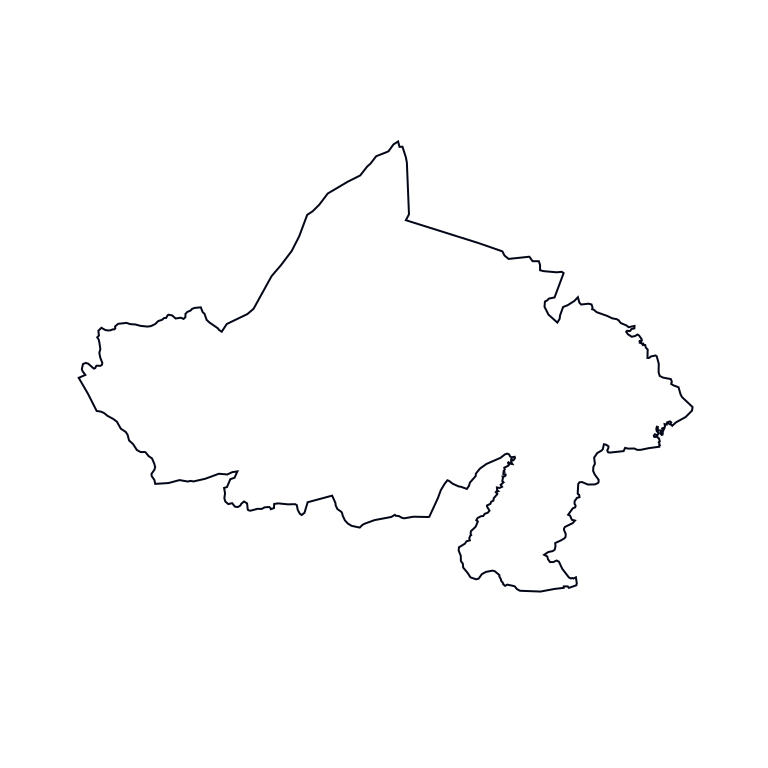 Ubundu, Orientale, Democratic Republic of the Congo (Mercator projection), rotated 79°
{"feature_id": "63176286B77989779607321", "entity_name": "Ubundu", "entity_type": "district", "adm_level": 2, "iso_a3": "COD", "parent_name": "Democratic Republic of the Congo", "parent_adm1": "Orientale", "projection": "mercator", "projection_center": [25.863, -0.595], "detail": "fine", "context": "isolated", "style": "outline", "palette": "ink", "viewbox_px": 768, "rotation_deg": 79, "n_neighbors": 0, "source": "geoboundaries", "source_scale": "gbopen_adm2", "svg_char_len": 6159}
<svg xmlns="http://www.w3.org/2000/svg" viewBox="0 0 768 768"><g transform="rotate(79 384 384)"><path d="M374.8,127.0L374.9,133.1L372.9,134.7L369.3,140.0L366.3,141.5L364.8,143.1L363.1,147.4L359.7,152.0L354.1,161.5L351.2,163.8L350.3,165.4L348.7,164.7L345.5,165.1L344.2,167.9L343.6,175.3L341.4,176.7L335.8,177.1L338.8,181.3L341.7,188.7L342.6,193.5L350.1,198.0L353.6,199.2L356.8,202.1L347.3,209.3L338.8,211.7L333.8,210.3L333.0,207.7L331.6,205.8L331.6,200.1L309.4,186.5L307.8,188.1L307.3,193.2L303.7,205.7L302.1,209.1L296.9,208.1L293.0,208.6L291.8,214.7L286.8,217.0L285.0,237.8L280.9,241.2L276.4,242.5L263.6,264.5L227.4,331.3L222.2,327.1L171.0,319.3L165.5,319.3L154.6,320.6L154.2,323.5L148.6,323.9L150.7,329.1L156.2,334.9L156.7,336.2L158.9,348.2L165.1,355.2L167.4,359.1L174.7,367.5L178.6,381.3L186.3,402.9L195.7,413.4L200.9,421.2L203.3,427.1L222.9,439.1L235.9,449.3L247.8,462.6L256.7,473.8L285.3,497.7L289.3,504.8L295.1,526.9L301.7,533.3L299.5,535.6L297.7,536.4L290.1,543.8L287.1,545.9L280.8,546.8L278.8,548.3L273.8,549.2L273.2,555.1L273.6,558.0L275.0,559.9L275.7,563.3L277.3,565.5L280.5,566.2L281.9,568.3L280.2,570.7L279.9,576.1L276.3,578.8L274.9,582.2L275.2,583.2L277.6,585.3L277.3,587.3L278.7,589.8L279.1,593.5L281.5,597.2L282.7,601.8L282.5,605.3L280.4,612.1L278.2,616.5L276.7,622.0L274.9,625.0L274.2,633.5L276.2,637.0L278.2,637.2L278.9,638.2L278.6,639.7L279.1,642.1L278.8,644.8L277.7,647.4L274.9,650.7L277.2,654.2L282.1,654.6L283.4,656.6L285.8,655.6L289.5,655.5L295.7,655.8L299.0,657.5L303.9,657.5L309.5,656.5L311.2,657.1L312.1,658.9L311.2,662.4L311.5,663.2L313.3,664.4L313.5,665.9L307.6,670.5L306.4,672.7L307.0,675.7L311.8,677.8L314.1,677.4L318.1,675.4L319.7,682.5L337.3,676.4L355.6,671.2L357.1,667.2L359.0,664.4L362.5,661.5L366.5,656.6L370.0,653.4L377.6,650.9L381.9,646.6L384.9,645.4L390.8,645.0L395.1,641.8L401.6,639.2L404.4,635.9L405.1,631.8L405.7,631.0L409.9,628.8L412.8,625.9L418.5,624.7L422.0,624.5L424.4,625.8L427.9,629.4L430.1,629.6L434.4,627.7L438.4,627.6L440.1,614.4L439.3,603.1L442.3,595.2L442.2,592.6L443.3,589.4L442.9,577.5L440.6,563.2L442.9,555.1L441.6,549.8L441.8,544.6L447.5,548.6L448.1,553.0L455.2,557.8L455.5,560.8L461.0,560.9L465.6,562.5L469.1,562.2L472.2,559.7L472.0,555.8L475.9,553.8L476.9,551.0L475.9,548.2L474.4,547.0L472.6,543.8L475.1,541.2L481.3,541.7L482.1,541.1L482.9,539.3L482.4,531.9L483.3,527.9L482.3,524.7L482.8,520.3L483.9,519.2L485.3,519.0L484.8,515.7L480.8,514.7L481.0,510.6L483.8,501.3L485.0,494.2L486.3,492.7L491.1,492.7L495.2,491.4L496.9,489.8L495.2,486.6L485.5,481.5L483.7,456.2L491.4,454.4L494.0,454.6L497.9,453.6L501.3,450.3L502.6,449.8L505.6,449.6L510.4,448.4L514.1,446.1L517.1,442.8L520.3,435.2L518.2,432.1L517.4,429.5L515.8,419.2L515.9,402.2L514.5,398.3L515.6,397.5L516.5,394.6L518.8,391.9L519.7,389.8L519.9,380.4L523.0,366.0L523.0,364.9L506.2,352.8L499.1,348.5L493.5,343.5L490.6,340.1L491.6,338.6L495.0,335.6L498.9,330.1L499.5,328.2L502.8,322.7L500.2,320.0L497.2,318.5L491.8,311.5L489.7,311.0L488.8,310.1L485.3,305.9L482.0,298.6L478.7,283.7L476.2,278.8L475.8,276.5L477.0,274.6L479.3,274.0L480.3,272.7L480.4,269.6L481.8,269.6L483.4,271.3L483.7,272.2L483.0,272.9L481.8,272.9L482.0,273.5L484.8,274.1L487.1,273.2L486.2,275.6L484.6,276.6L485.0,277.3L487.2,276.8L487.9,277.5L489.1,281.9L491.1,281.8L492.2,283.1L493.3,282.6L493.5,283.6L495.2,284.0L496.0,281.9L496.8,282.0L497.7,283.1L497.4,285.2L498.7,285.1L501.8,286.4L503.3,285.4L505.2,288.7L507.4,287.7L508.1,290.5L507.1,292.9L509.7,293.2L510.9,292.3L511.0,294.3L511.6,294.9L513.1,293.7L513.7,293.8L517.1,298.1L519.3,298.8L520.0,301.2L521.9,302.4L522.9,306.1L524.2,306.2L528.5,304.6L530.1,306.6L530.7,310.0L532.5,311.7L532.3,314.0L533.4,317.7L535.3,319.4L536.8,318.1L540.6,320.6L541.9,321.7L545.1,326.8L547.7,327.6L548.9,327.2L549.4,328.3L551.6,329.7L553.9,329.6L554.1,333.0L556.2,335.1L558.6,341.6L561.8,342.5L567.2,341.4L572.5,342.3L575.4,340.9L579.3,341.3L585.7,337.8L590.1,336.1L590.7,335.4L593.3,330.8L593.1,328.2L589.3,324.2L587.9,319.8L587.9,313.1L589.0,310.9L593.6,307.2L594.8,307.5L598.0,306.5L599.3,306.6L602.5,305.0L603.4,305.2L605.2,303.7L604.5,301.2L607.1,295.1L607.7,294.2L610.6,292.7L612.9,290.0L617.6,270.0L617.7,255.9L618.4,246.5L617.0,246.2L617.7,242.3L619.4,241.4L618.3,233.6L616.5,232.8L610.4,232.5L611.1,235.1L610.3,236.4L610.6,237.5L609.2,239.4L599.4,244.3L591.8,246.2L590.2,248.3L591.1,251.7L590.5,255.0L587.2,256.5L584.5,256.6L582.2,259.4L580.3,254.8L580.2,250.3L579.3,248.1L575.9,246.6L572.8,246.3L571.3,240.3L570.0,236.5L568.8,235.0L566.0,234.2L562.0,235.1L560.5,235.0L558.9,233.8L556.6,225.4L554.5,222.6L553.1,225.5L548.7,226.5L547.5,228.2L542.1,222.5L541.5,219.8L539.9,219.1L538.0,219.8L535.5,219.3L532.6,216.3L532.4,213.7L530.0,213.6L529.1,214.6L528.2,214.7L519.2,212.4L517.8,210.9L518.0,208.4L521.6,203.0L522.8,196.2L522.1,193.0L521.3,192.1L519.0,191.6L513.0,194.4L509.3,195.3L505.3,194.3L502.6,192.2L496.4,191.8L492.5,187.9L490.7,182.8L489.6,181.6L485.1,179.6L485.9,177.7L488.0,175.5L489.5,175.9L491.8,177.5L493.7,177.1L494.4,175.6L495.6,161.6L492.7,159.5L494.0,156.7L495.1,150.5L497.0,148.0L497.6,144.8L497.5,136.5L498.1,125.8L497.5,125.8L496.8,124.9L496.2,125.4L494.7,125.0L493.6,125.4L492.8,124.2L489.9,124.5L488.6,125.8L487.4,125.6L487.8,128.0L487.3,128.9L486.2,129.0L485.0,127.7L486.2,126.0L486.0,125.1L484.6,123.6L482.5,125.2L480.1,125.3L478.0,124.3L478.4,123.4L481.1,124.0L482.0,123.2L482.6,120.8L485.8,121.9L487.0,121.1L486.9,120.3L485.5,119.7L484.9,120.6L483.1,118.7L480.7,119.4L480.4,118.4L481.3,117.4L479.2,116.3L476.9,116.2L477.8,114.3L476.6,113.8L477.0,112.4L475.6,112.9L475.3,110.4L476.5,109.4L478.2,110.8L479.0,109.5L480.0,109.0L477.4,104.8L474.0,94.3L468.9,86.7L465.5,85.5L453.7,94.0L450.5,94.9L443.4,95.5L440.5,100.2L438.7,102.1L436.6,101.0L433.9,101.5L431.0,108.8L428.7,111.8L424.9,112.2L416.4,110.4L408.8,111.0L407.8,112.0L407.9,116.7L409.0,118.8L408.7,120.4L400.5,118.6L398.3,120.0L395.6,120.2L395.5,121.2L394.1,121.8L394.8,122.6L393.5,123.1L392.5,124.7L391.9,123.8L391.1,125.0L390.5,124.7L390.3,122.6L389.1,122.5L385.0,124.4L383.8,125.8L384.8,128.2L384.9,131.8L381.7,135.1L379.0,136.3L378.1,135.2L378.9,133.1L378.8,132.1L377.3,130.7L377.2,127.6L374.8,127.0Z" fill="none" stroke="#020617" stroke-width="2"/></g></svg>